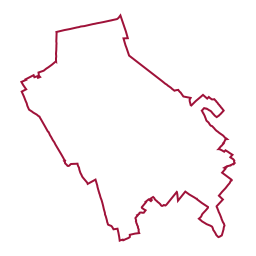 Nicseni, Botosani, Romania
{"feature_id": "2599482B7435207747893", "entity_name": "Nicseni", "entity_type": "district", "adm_level": 2, "iso_a3": "ROU", "parent_name": "Romania", "parent_adm1": "Botosani", "projection": "natural_earth1", "projection_center": [26.665, 47.868], "detail": "fine", "context": "isolated", "style": "outline", "palette": "rose", "viewbox_px": 256, "rotation_deg": 0, "n_neighbors": 0, "source": "geoboundaries", "source_scale": "gbopen_adm2", "svg_char_len": 5839}
<svg xmlns="http://www.w3.org/2000/svg" viewBox="0 0 256 256"><path d="M234.6,162.8L234.1,162.0L234.1,161.2L234.3,160.6L234.0,160.2L233.8,160.0L233.7,159.7L233.2,159.2L230.3,157.3L230.6,156.8L231.4,156.0L232.5,154.8L230.6,153.6L229.8,153.1L228.1,151.9L225.5,150.3L224.2,151.7L222.0,150.4L220.2,149.5L218.9,149.1L218.6,149.1L219.0,148.7L219.2,148.3L220.2,147.1L221.2,146.0L221.6,145.8L222.6,144.6L223.1,144.2L223.7,143.4L223.3,143.1L223.8,142.7L223.9,142.3L224.2,142.1L225.1,140.0L225.3,139.7L226.1,139.2L227.1,139.1L226.4,138.5L225.0,137.8L224.2,136.7L222.9,135.4L220.4,133.7L218.6,132.4L218.0,131.8L216.5,130.8L214.9,129.2L214.4,128.5L212.4,126.4L211.9,126.0L210.8,125.7L210.3,125.2L209.7,124.4L209.0,123.2L208.6,122.6L208.0,122.0L206.9,121.1L206.6,120.8L206.1,119.8L205.6,118.2L205.2,117.4L204.9,116.4L204.2,114.9L203.7,114.1L203.5,113.4L202.9,112.8L202.3,111.3L201.8,110.7L204.1,108.1L204.3,108.1L204.6,108.4L205.7,108.4L205.8,108.5L206.1,108.5L206.3,108.6L206.4,108.8L207.0,108.8L207.3,109.0L209.1,110.2L210.5,110.9L211.2,111.5L212.1,112.6L212.8,113.5L214.0,114.7L214.4,115.3L215.2,116.0L216.7,117.1L219.2,115.4L219.5,114.9L220.4,114.2L223.7,110.6L223.6,110.4L223.3,110.1L222.0,108.4L220.8,107.1L220.3,106.2L219.7,105.8L219.2,104.9L218.4,104.2L217.5,102.8L216.9,102.2L216.4,101.7L216.0,101.0L215.6,100.7L214.3,99.2L213.2,99.4L211.9,99.4L210.2,98.2L208.8,97.0L207.2,98.6L203.0,94.9L202.1,95.7L201.7,95.9L201.4,96.3L195.8,101.0L191.3,105.5L190.7,105.1L190.4,103.7L190.0,102.4L189.7,101.1L189.6,99.6L190.3,98.5L190.6,97.9L183.4,96.5L181.0,93.1L180.7,92.6L180.4,92.3L180.1,92.2L178.6,90.5L178.3,89.9L176.1,90.2L174.4,90.7L174.0,90.3L172.1,88.9L171.0,87.8L168.9,86.3L168.1,85.8L166.5,84.4L165.5,83.9L162.2,81.2L129.1,55.6L126.4,47.6L125.5,45.3L123.5,38.4L127.8,38.2L125.9,31.5L120.4,15.4L118.6,17.8L117.7,18.6L117.3,18.9L116.9,19.1L103.7,22.0L96.4,23.4L95.2,23.7L92.9,24.1L84.3,26.1L80.8,26.5L78.9,27.1L77.1,27.4L70.1,29.0L64.3,30.1L56.4,32.0L56.6,33.1L56.4,38.8L56.3,41.5L56.5,43.1L56.5,44.1L56.4,44.9L56.4,46.6L56.3,48.9L56.3,50.0L56.0,53.7L56.2,55.9L56.2,57.0L56.1,57.5L56.0,58.1L56.0,60.2L56.1,61.5L56.0,61.4L55.6,61.6L51.9,64.7L48.2,67.4L46.3,68.6L43.7,70.7L38.5,72.5L38.7,73.6L38.7,74.7L38.8,75.2L39.0,75.7L39.3,76.1L40.1,77.0L38.0,77.8L37.4,76.2L34.4,77.2L33.6,75.2L25.6,79.3L26.1,79.9L21.4,81.9L23.1,84.9L25.3,88.1L26.2,89.3L21.7,91.6L24.0,96.7L25.7,101.1L26.7,103.3L27.3,105.7L27.9,107.1L28.8,109.1L29.1,109.7L31.9,111.5L33.3,112.6L36.6,114.5L37.5,115.2L38.1,115.8L39.5,116.6L39.5,116.9L40.6,118.7L45.0,126.4L47.9,131.6L48.3,131.8L48.7,132.2L50.0,135.2L51.2,137.1L52.8,140.1L54.4,142.4L55.3,144.3L56.6,146.5L61.3,154.4L63.5,158.3L64.0,159.3L64.5,160.0L65.1,160.6L64.9,160.9L64.3,161.1L64.7,161.5L64.9,161.8L65.0,162.4L64.9,162.7L65.0,163.0L65.3,163.5L66.7,164.8L67.5,165.8L68.1,166.0L68.9,165.8L69.3,165.6L69.9,165.0L70.2,164.6L71.0,164.0L77.5,163.7L77.7,164.8L78.0,165.8L78.5,166.8L78.9,167.5L79.1,168.1L79.3,169.5L80.3,172.6L80.6,173.3L81.4,174.7L81.7,175.5L82.2,176.5L82.4,176.9L83.1,177.8L86.9,182.3L87.5,183.3L87.7,183.9L95.5,179.6L97.2,185.3L97.4,186.1L97.4,186.6L98.3,189.9L98.5,190.4L98.7,191.4L99.1,192.4L99.3,193.5L99.6,194.0L100.5,197.3L101.6,200.2L102.4,203.0L103.1,205.8L103.9,209.4L104.9,212.8L105.0,214.4L105.1,214.7L105.5,215.6L105.8,216.4L106.9,220.4L107.2,222.1L107.4,222.6L107.7,223.3L107.9,224.3L108.1,224.6L108.3,224.8L111.2,225.9L111.4,226.0L112.4,227.3L113.5,229.3L117.5,228.7L118.4,232.6L119.2,236.9L119.7,240.6L120.4,240.3L121.9,239.9L122.7,239.6L122.9,239.6L123.0,239.8L123.0,240.2L123.1,240.3L123.6,240.2L125.3,239.3L127.5,238.4L128.4,238.0L129.7,237.2L129.8,237.0L129.8,236.7L129.9,235.7L129.8,234.8L135.0,233.6L139.2,233.1L138.7,231.7L138.6,230.6L138.7,229.9L138.7,229.5L138.0,227.8L137.9,227.5L138.0,226.9L137.8,226.4L137.5,225.6L137.2,225.2L136.7,223.5L136.4,223.1L136.3,222.8L136.2,222.2L136.2,221.9L135.9,221.4L136.1,220.4L136.1,220.2L135.9,219.9L135.8,219.2L135.4,218.1L135.5,217.9L137.6,215.5L137.2,215.1L139.3,213.8L139.3,213.3L139.5,212.9L139.9,212.6L141.1,212.5L142.8,212.8L143.8,212.7L145.6,210.3L144.4,209.6L143.7,209.2L143.1,208.7L142.2,208.2L141.8,207.5L141.8,207.2L145.9,202.3L145.5,201.9L148.6,199.4L150.9,201.1L151.8,200.1L150.2,198.9L153.1,197.0L154.1,197.9L154.3,198.2L154.8,199.2L155.4,199.9L156.2,200.6L156.7,200.9L157.0,201.3L157.6,201.9L158.8,202.8L160.0,203.9L160.3,204.2L160.9,205.2L161.5,205.7L161.9,205.9L162.4,205.9L162.7,205.8L163.8,205.0L164.0,205.0L164.9,205.4L165.4,205.5L165.6,205.4L166.6,204.5L176.8,191.9L176.9,192.0L177.4,194.9L177.5,196.3L177.6,197.0L178.0,200.7L185.3,191.6L188.5,193.9L189.3,194.5L194.3,197.4L196.3,198.7L196.6,198.8L196.9,198.8L197.0,199.1L197.1,199.4L197.4,199.6L201.9,203.0L208.0,207.0L208.0,207.5L207.9,207.8L207.7,208.1L205.8,210.3L202.6,213.7L201.9,214.7L201.7,215.5L201.0,216.7L200.6,217.2L198.9,218.7L199.3,219.0L199.9,219.6L200.7,220.1L201.6,221.0L202.1,221.4L205.6,223.5L206.5,224.1L210.2,225.6L211.7,226.4L212.2,226.9L212.7,228.0L213.4,230.2L214.2,231.2L215.7,233.7L216.0,234.5L216.3,235.0L217.9,236.7L218.5,237.1L219.8,236.6L220.8,235.9L221.6,235.6L221.9,235.1L223.6,229.1L223.6,228.5L224.0,226.6L224.5,225.7L224.4,225.4L224.0,223.9L223.8,223.5L222.9,222.1L221.9,219.7L221.6,219.1L221.3,217.9L219.7,213.9L218.6,211.7L218.3,210.6L217.5,208.7L217.4,208.1L217.0,207.6L216.8,207.1L216.6,206.6L216.6,206.3L222.9,199.5L218.9,195.7L222.0,191.9L225.5,188.2L228.0,185.0L229.4,183.4L229.8,182.8L230.1,182.3L230.3,181.5L230.6,181.1L231.6,180.5L231.8,180.1L231.4,179.6L222.1,172.7L225.6,168.6L225.5,168.4L225.2,168.2L224.3,167.8L225.0,167.4L226.2,166.7L226.2,167.2L226.7,167.0L227.6,166.1L228.3,166.0L228.8,165.8L229.1,165.8L229.6,165.6L229.9,165.5L230.3,165.6L230.6,165.5L230.8,165.3L230.9,165.0L231.5,164.8L232.9,164.0L233.2,164.0L233.3,164.2L233.6,164.3L233.9,164.0L234.2,162.9L234.6,162.8Z" fill="none" stroke="#9f1239" stroke-width="2"/></svg>